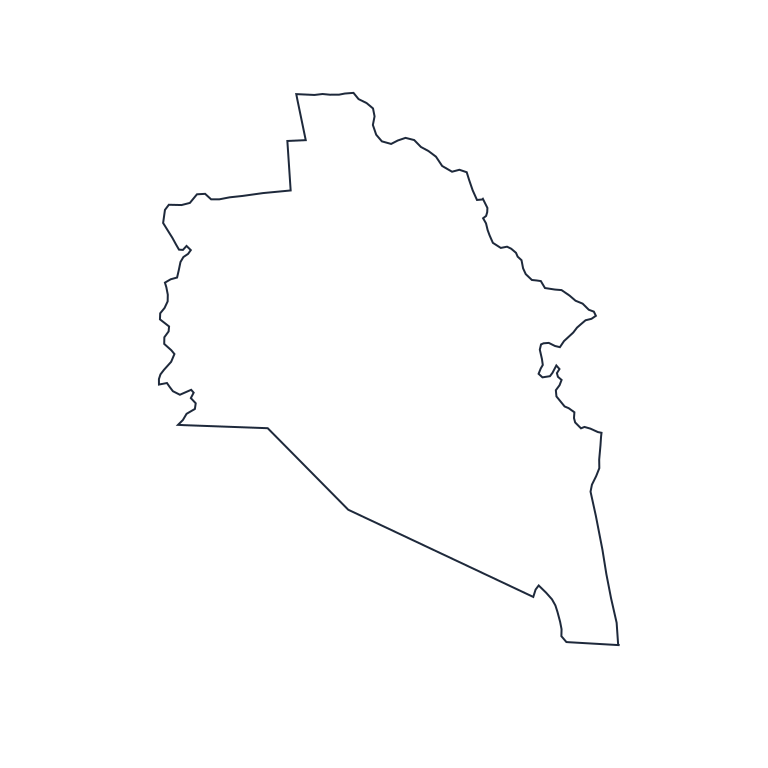 the district of Bera, Pahang, Malaysia, rotated 349°
{"feature_id": "92858781B37033160198468", "entity_name": "Bera", "entity_type": "district", "adm_level": 2, "iso_a3": "MYS", "parent_name": "Malaysia", "parent_adm1": "Pahang", "projection": "robinson", "projection_center": [102.581, 3.142], "detail": "fine", "context": "isolated", "style": "outline", "palette": "slate", "viewbox_px": 768, "rotation_deg": 349, "n_neighbors": 0, "source": "geoboundaries", "source_scale": "gbopen_adm2", "svg_char_len": 2377}
<svg xmlns="http://www.w3.org/2000/svg" viewBox="0 0 768 768"><g transform="rotate(349 384 384)"><path d="M197.9,183.8L202.2,195.1L204.1,200.0L206.5,207.5L208.4,213.0L212.2,214.0L216.5,210.8L219.9,215.7L216.5,218.9L211.3,221.1L207.5,225.4L204.1,233.5L201.2,240.0L194.6,240.5L188.3,242.7L188.8,247.5L188.8,255.1L187.4,261.6L183.1,267.5L177.8,271.9L176.4,277.8L180.7,282.7L184.0,286.5L182.6,291.3L177.3,296.2L175.9,302.7L181.6,310.2L184.0,314.6L179.3,321.6L170.7,328.1L166.4,331.9L164.0,336.2L163.0,341.6L171.1,341.6L173.0,345.9L175.4,350.8L181.6,355.6L193.6,352.9L195.5,356.2L191.7,361.0L195.5,367.0L193.6,372.4L184.5,375.6L179.7,381.0L174.0,384.8L180.1,386.3L261.4,405.2L324.9,500.6L489.9,621.5L493.6,614.7L497.4,611.3L503.3,619.8L507.8,627.4L510.0,634.1L510.8,640.9L511.5,651.0L511.5,658.6L510.0,665.4L513.8,672.1L516.0,672.7L565.4,685.3L564.1,684.6L566.8,662.8L566.0,637.5L566.0,613.0L566.8,588.5L566.8,553.9L566.2,529.1L568.9,522.5L574.7,514.9L579.3,507.7L580.8,499.3L584.8,485.5L587.0,477.2L588.2,473.4L584.8,472.0L578.1,467.2L572.6,464.4L568.9,465.1L564.3,458.2L564.0,453.7L565.5,448.1L560.7,443.0L557.0,440.5L550.9,429.1L551.5,422.9L556.1,418.7L559.1,413.9L556.1,410.1L555.8,406.3L559.1,402.8L556.7,398.7L551.5,405.2L548.4,408.0L540.8,407.7L537.7,403.5L540.8,398.7L543.5,395.6L543.8,389.7L543.5,380.0L545.7,375.1L548.4,374.5L553.6,375.1L559.1,379.3L563.7,381.4L568.9,376.2L579.6,369.6L584.2,365.5L588.5,363.0L594.0,359.9L600.1,359.6L605.0,357.5L603.8,353.0L599.2,350.2L594.3,343.0L587.9,338.8L583.0,332.6L576.2,325.7L569.8,323.9L560.3,320.5L557.6,312.9L553.6,311.5L549.0,310.1L544.1,303.2L542.6,297.0L542.6,288.7L539.5,284.5L538.6,280.4L534.7,275.5L531.0,272.7L524.6,272.7L517.8,266.2L516.0,258.2L515.1,252.7L514.8,245.8L512.9,240.2L516.3,238.5L518.1,235.0L519.1,230.9L516.4,221.1L515.6,221.6L510.4,221.1L508.0,210.8L506.5,200.0L505.6,191.9L498.9,188.1L491.3,188.6L482.7,181.1L478.4,170.8L472.1,163.8L465.5,158.4L460.2,150.3L452.1,146.5L444.0,147.6L436.8,149.7L428.2,145.4L423.9,137.8L422.5,127.6L425.8,119.5L425.8,111.4L420.5,104.9L413.4,99.5L409.6,92.4L401.0,91.4L395.2,91.4L386.1,89.7L379.0,87.6L370.9,87.0L353.2,82.7L353.2,88.1L353.7,129.7L335.5,127.0L329.3,176.2L301.6,173.5L281.0,172.4L268.1,171.3L257.6,171.3L249.5,169.7L244.7,163.2L236.6,162.1L228.0,169.2L219.4,169.7L207.0,167.0L202.2,171.3L197.9,183.8Z" fill="none" stroke="#1e293b" stroke-width="2"/></g></svg>